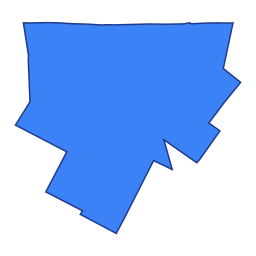 Orleans, Vermont, United States of America
{"feature_id": "52423323B93976880688423", "entity_name": "Orleans", "entity_type": "district", "adm_level": 2, "iso_a3": "USA", "parent_name": "United States of America", "parent_adm1": "Vermont", "projection": "orthographic", "projection_center": [-72.211, 44.776], "detail": "fine", "context": "isolated", "style": "filled", "palette": "blue", "viewbox_px": 256, "rotation_deg": 0, "n_neighbors": 0, "source": "geoboundaries", "source_scale": "gbopen_adm2", "svg_char_len": 606}
<svg xmlns="http://www.w3.org/2000/svg" viewBox="0 0 256 256"><path d="M233.0,22.9L227.4,23.1L217.2,22.9L204.6,23.1L192.9,23.7L190.8,23.7L189.6,22.7L183.7,23.9L167.4,24.2L149.1,24.0L121.6,24.7L113.9,24.9L107.2,24.7L101.4,25.0L95.3,24.6L89.1,24.2L72.3,23.7L57.1,22.8L46.8,22.6L30.4,23.0L23.4,22.8L28.5,55.5L28.3,60.2L30.0,101.8L15.4,125.1L66.8,151.8L47.7,188.3L45.8,191.9L82.5,210.8L80.3,214.4L116.3,233.4L124.5,217.8L153.6,160.6L172.2,169.5L163.9,139.8L196.7,162.7L199.4,159.9L219.9,130.9L208.8,123.0L224.3,102.4L240.6,82.4L223.3,68.5L233.0,22.9Z" fill="#3b82f6" stroke="#1e3a8a" stroke-width="1.5"/></svg>